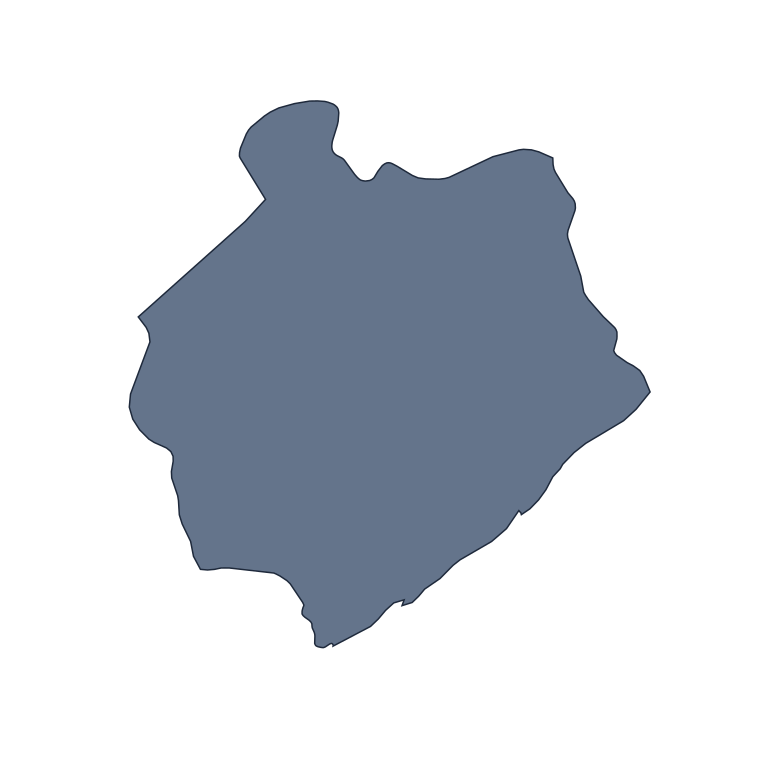 outline of Sinoe, rotated 289°
{"feature_id": "LBR-782", "entity_name": "Sinoe", "entity_type": "County", "adm_level": 1, "iso_a3": "LBR", "parent_name": "Liberia", "parent_adm1": "", "projection": "albers", "projection_center": [-8.843, 5.349], "detail": "fine", "context": "isolated", "style": "filled", "palette": "slate", "viewbox_px": 768, "rotation_deg": 289, "n_neighbors": 0, "source": "natural_earth", "source_scale": "10m", "svg_char_len": 2523}
<svg xmlns="http://www.w3.org/2000/svg" viewBox="0 0 768 768"><g transform="rotate(289 384 384)"><path d="M463.1,638.2L442.2,630.6L427.3,622.5L393.5,594.0L381.0,586.0L366.2,579.1L361.2,578.2L351.3,573.8L336.6,571.5L324.8,567.9L313.5,562.6L305.2,556.4L306.8,555.3L307.1,555.0L307.2,554.4L308.2,552.7L287.1,546.9L270.1,537.0L242.6,513.2L235.0,508.3L218.3,500.3L203.3,489.2L194.7,485.9L186.6,481.8L180.3,473.2L186.5,473.3L180.2,464.5L170.5,459.2L159.9,455.1L150.4,450.2L119.6,421.2L120.4,421.1L121.4,420.1L121.7,419.3L121.5,418.6L120.5,417.3L116.3,414.1L115.7,413.4L115.1,412.7L114.8,411.9L114.4,410.0L114.1,407.2L114.2,405.7L114.4,404.8L115.1,403.8L116.2,402.9L123.3,400.7L124.8,400.0L125.9,399.3L126.7,398.7L130.0,395.6L131.3,394.9L133.9,393.8L135.2,392.3L136.3,390.0L137.7,385.2L138.7,382.9L139.9,381.4L142.6,380.5L144.3,380.3L146.3,380.2L147.6,380.3L148.5,380.3L149.2,380.0L151.1,378.1L164.6,360.3L166.5,356.2L168.6,348.1L169.2,343.9L169.4,341.4L159.6,297.3L157.0,289.9L153.5,284.0L150.7,277.7L149.0,270.8L159.0,260.0L172.2,252.4L185.9,238.8L193.6,233.1L206.9,227.6L211.2,225.3L226.0,213.9L232.0,211.5L242.4,209.8L247.0,208.1L250.7,204.5L252.7,199.2L253.9,185.8L255.3,179.7L261.1,167.9L269.0,157.9L279.2,150.7L292.0,147.6L347.6,149.0L355.4,145.2L360.1,140.7L367.4,129.8L492.6,199.9L520.0,211.9L550.8,174.5L552.4,173.1L555.7,172.1L560.3,171.5L575.6,172.4L580.0,173.3L583.7,174.7L598.5,183.7L604.0,187.9L610.8,194.7L620.0,208.1L627.3,221.6L630.0,229.0L631.9,236.1L632.2,239.4L632.1,244.6L631.7,246.4L631.1,248.0L630.3,249.6L629.0,251.0L627.4,252.1L625.6,253.0L617.6,255.1L613.5,255.6L597.9,256.1L595.8,256.3L592.2,257.1L590.4,257.8L588.6,258.8L587.1,260.1L586.0,261.7L585.2,263.4L584.7,265.2L584.0,270.4L583.5,272.1L582.7,273.7L572.7,287.9L570.6,291.6L569.8,293.5L569.2,295.4L569.3,297.7L569.8,300.3L571.8,304.3L573.7,306.2L575.7,307.4L583.2,309.0L590.0,311.3L592.4,313.0L594.0,314.7L594.8,316.5L595.1,318.3L595.0,320.2L594.2,325.3L590.4,343.0L590.0,349.2L591.5,356.7L595.5,369.3L598.2,374.8L600.6,378.3L634.4,413.0L649.3,435.4L651.3,439.5L653.4,447.2L653.9,454.8L652.7,470.0L646.6,472.4L642.6,474.7L639.9,477.2L624.7,495.6L620.7,502.3L618.9,504.4L616.6,506.1L612.7,507.7L610.1,508.1L589.3,508.0L585.6,508.6L583.7,509.4L581.9,510.3L550.1,534.9L535.8,543.0L533.4,545.7L530.3,549.8L519.1,569.3L512.4,583.8L511.0,585.6L509.0,587.3L504.9,588.8L502.4,589.5L490.4,590.3L488.7,591.8L486.9,594.5L483.4,606.9L482.3,613.9L480.0,621.5L475.8,627.0L463.2,638.1L463.1,638.2Z" fill="#64748b" stroke="#1e293b" stroke-width="1.5"/></g></svg>